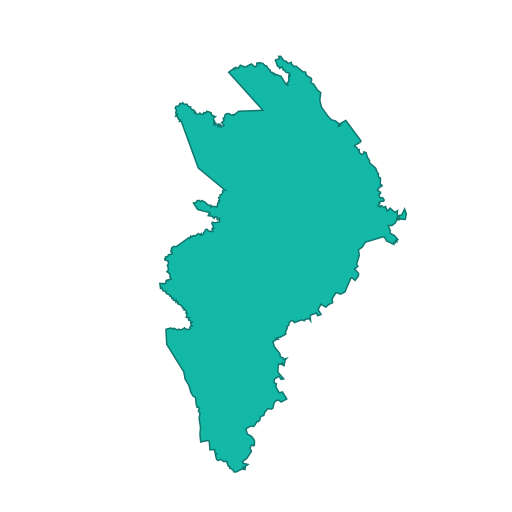 the district of Maulvibazar, Sylhet, Bangladesh, rotated 145°
{"feature_id": "16705992B62450131352427", "entity_name": "Maulvibazar", "entity_type": "district", "adm_level": 2, "iso_a3": "BGD", "parent_name": "Bangladesh", "parent_adm1": "Sylhet", "projection": "albers", "projection_center": [91.87, 24.487], "detail": "fine", "context": "isolated", "style": "filled", "palette": "teal", "viewbox_px": 512, "rotation_deg": 145, "n_neighbors": 0, "source": "geoboundaries", "source_scale": "gbopen_adm2", "svg_char_len": 6143}
<svg xmlns="http://www.w3.org/2000/svg" viewBox="0 0 512 512"><g transform="rotate(145 256 256)"><path d="M122.9,406.5L123.6,404.2L127.8,405.4L129.5,399.0L128.4,397.2L129.0,396.2L126.2,395.9L127.0,392.7L126.2,392.2L126.1,389.4L123.8,386.6L124.6,385.7L124.1,385.0L124.9,384.1L125.4,385.1L126.1,384.5L128.8,380.3L131.3,379.9L131.8,377.8L133.0,379.0L132.5,388.9L135.5,393.4L136.8,393.7L136.3,395.0L137.3,395.5L137.0,396.7L138.0,397.1L138.5,399.2L137.7,400.0L138.6,401.7L138.3,405.7L139.3,406.4L140.1,410.3L142.1,411.2L141.8,412.2L144.8,413.5L145.9,411.5L148.5,411.5L149.6,416.0L156.5,416.9L159.4,421.3L163.1,420.0L164.3,422.1L165.1,421.5L166.1,422.4L166.7,421.4L167.3,422.3L173.0,422.2L166.8,371.4L187.2,384.5L193.7,384.0L193.5,385.0L195.5,385.5L196.4,388.2L198.1,389.2L200.0,389.6L202.6,387.4L203.8,387.7L204.6,385.3L207.6,385.0L207.2,381.7L210.3,381.4L211.2,382.3L209.7,383.1L209.8,384.3L212.6,383.8L211.0,385.6L213.3,386.0L215.2,387.7L214.9,388.4L212.8,387.9L213.8,389.9L212.6,390.0L212.5,392.2L211.2,393.7L209.4,393.4L211.6,397.3L210.6,398.9L212.0,401.3L213.4,402.8L214.7,402.0L216.5,403.4L217.8,402.3L219.5,403.6L220.0,405.3L221.4,405.0L223.4,406.3L223.2,408.0L224.5,408.6L223.2,409.5L223.8,409.7L223.3,411.8L224.6,412.6L224.9,414.5L224.0,415.6L225.7,417.4L225.5,419.9L228.0,421.7L228.1,423.6L230.1,423.5L230.6,424.6L233.0,423.3L235.8,424.4L237.4,423.5L237.5,420.6L239.3,419.9L239.8,418.6L239.1,417.8L240.6,417.4L239.9,416.4L241.2,416.3L240.5,415.9L241.0,412.2L239.9,411.3L241.6,410.1L239.9,409.3L252.8,361.2L243.6,327.8L244.5,328.7L246.3,328.3L246.8,327.1L249.0,326.0L250.1,326.7L251.7,325.0L253.0,325.3L253.9,322.3L255.0,322.6L255.1,321.4L256.8,321.4L259.7,318.6L263.1,321.6L265.1,321.7L263.8,323.3L266.0,325.1L267.0,329.8L268.7,332.6L270.2,332.2L270.9,334.3L272.4,335.1L274.5,334.3L276.9,335.2L277.1,327.5L269.1,318.2L269.7,316.7L270.7,317.4L272.0,316.5L269.2,313.7L268.8,310.8L267.2,311.8L265.5,309.8L266.7,308.7L266.5,307.5L264.2,307.5L266.4,305.0L270.7,306.8L272.4,308.8L273.6,307.8L273.6,305.4L275.2,303.7L274.1,302.4L276.5,303.4L277.2,300.7L280.7,303.7L280.6,305.6L281.8,306.6L287.5,304.1L289.1,304.6L288.1,305.7L289.6,305.6L290.5,307.5L294.4,307.2L295.6,308.7L297.6,308.5L298.0,309.8L299.9,308.5L300.4,309.5L316.1,309.4L318.3,311.3L320.9,310.7L321.5,309.0L322.6,309.3L323.3,307.8L322.6,307.0L323.6,305.8L327.1,307.3L328.4,306.2L330.5,307.0L330.4,306.1L332.1,306.2L332.9,305.0L330.8,302.4L332.4,299.6L334.1,299.1L334.5,296.8L336.4,294.4L337.9,294.3L336.9,290.7L338.6,287.9L338.6,285.6L341.9,287.0L342.4,286.3L343.4,287.5L346.1,285.3L350.5,288.7L352.8,284.2L351.4,284.0L352.1,280.9L349.9,278.4L350.8,277.9L350.7,276.1L349.2,274.1L349.5,272.2L348.6,271.9L349.3,269.3L347.9,268.8L349.0,267.2L347.9,265.6L346.8,265.9L348.0,264.1L346.8,264.0L346.3,262.9L347.6,262.0L345.5,258.3L345.9,255.6L345.3,255.6L344.9,253.8L346.0,253.4L344.6,251.7L345.2,249.7L346.1,249.5L345.4,248.3L348.3,245.9L345.9,243.6L347.4,243.4L347.9,242.1L346.7,240.7L347.7,238.9L346.5,238.3L348.1,238.2L348.6,235.3L349.5,236.2L351.2,235.4L351.2,234.3L352.9,234.1L355.8,236.7L355.7,238.1L359.8,238.3L361.2,240.4L363.0,240.6L364.6,243.9L366.2,244.0L366.9,245.8L371.8,247.6L379.8,234.8L381.6,202.4L384.7,195.7L385.1,188.9L387.6,181.5L387.9,177.5L386.7,174.8L390.0,168.9L391.1,165.8L389.9,165.0L389.9,163.6L392.1,162.0L392.2,159.1L395.7,155.7L399.8,147.4L404.2,142.1L408.0,135.4L401.5,132.6L400.6,131.0L404.9,123.6L401.0,121.1L402.3,118.9L401.7,116.7L403.0,117.0L404.8,112.3L404.6,110.5L401.4,109.3L400.4,106.1L397.9,104.7L399.2,100.0L398.2,98.0L399.2,97.4L397.7,94.5L397.8,91.6L396.2,90.5L389.0,89.4L387.3,90.5L387.0,89.3L388.5,88.4L387.4,87.4L385.5,89.8L382.2,89.9L385.2,93.3L385.0,95.5L379.9,95.4L371.7,98.6L371.1,102.3L367.6,103.7L366.9,101.9L365.9,101.9L363.1,105.7L363.0,110.5L365.2,115.3L363.4,120.2L357.4,119.7L356.1,117.9L354.8,117.8L349.9,119.9L349.2,119.0L347.1,119.4L344.5,121.8L340.9,121.0L338.8,122.8L334.1,124.2L331.0,121.6L329.5,121.7L325.2,125.5L322.0,125.9L320.0,124.8L319.2,122.0L312.8,121.2L312.3,129.5L315.4,130.6L314.8,137.5L312.6,139.6L313.8,141.9L311.7,144.6L306.3,144.4L306.1,140.4L303.8,139.5L304.7,148.3L299.9,154.6L297.3,152.8L295.8,153.2L296.7,151.7L296.0,150.0L291.7,154.1L289.8,154.6L292.5,155.4L292.3,157.2L293.9,159.3L292.5,162.3L293.0,171.0L291.3,176.2L287.8,175.9L287.6,176.8L285.6,175.1L285.8,177.0L283.0,175.6L276.4,174.9L275.1,177.0L271.7,179.1L271.5,180.3L268.7,180.6L267.0,182.5L264.0,182.7L262.6,181.7L262.8,179.4L255.5,177.6L253.3,175.1L252.4,175.9L249.5,174.9L248.4,173.7L248.4,171.7L246.3,175.4L244.8,176.2L239.2,174.6L239.7,171.7L236.2,170.8L235.9,176.4L230.5,179.3L228.1,174.0L224.2,174.6L220.0,173.8L218.1,177.4L211.4,180.1L208.5,176.2L203.6,175.6L191.1,183.4L189.9,183.1L188.8,179.2L183.5,180.9L181.9,183.0L182.8,188.7L178.5,189.1L178.2,191.7L171.1,197.2L168.5,202.3L163.8,202.3L158.5,204.6L141.1,198.9L140.0,197.8L140.4,193.5L136.4,186.4L135.2,188.1L134.1,186.8L133.0,188.3L132.2,187.1L131.9,188.5L130.4,188.0L130.8,193.1L133.1,198.0L131.4,199.9L130.2,205.2L127.2,203.0L122.8,203.2L120.1,204.9L118.0,203.6L117.1,204.3L119.1,206.3L117.3,206.9L116.4,206.2L116.5,203.4L112.8,200.4L108.7,204.2L107.3,209.3L112.9,206.1L116.5,207.4L116.5,209.2L114.1,211.9L117.3,212.2L118.7,218.3L122.7,217.6L121.5,222.3L123.5,222.4L124.1,224.7L125.0,225.6L126.5,225.2L126.3,226.3L127.3,227.3L124.3,228.2L124.6,229.2L123.4,229.6L120.1,227.7L118.9,228.3L118.9,231.1L120.9,232.4L120.2,235.9L118.1,235.8L117.4,236.9L118.9,240.0L115.9,241.4L112.5,241.1L112.2,241.9L113.4,242.9L109.3,248.6L110.3,250.3L109.1,253.0L107.8,253.2L108.8,253.4L108.8,254.5L107.6,259.2L109.5,267.1L108.2,269.3L108.2,272.7L106.6,277.6L107.9,279.4L109.2,278.1L111.2,278.6L112.1,281.6L110.4,283.9L111.6,284.6L111.2,287.1L112.4,289.3L112.0,290.0L105.0,289.4L104.0,290.2L104.7,315.6L111.4,316.2L111.6,314.5L114.1,315.0L112.2,316.7L113.4,321.0L116.2,324.4L116.9,329.0L117.0,340.4L114.3,347.2L109.3,352.6L110.5,356.7L110.2,363.5L111.4,366.1L111.2,367.6L109.5,368.1L108.8,369.8L111.1,374.9L109.9,378.3L111.9,379.9L114.3,388.5L115.9,389.1L116.9,392.7L116.0,394.4L119.2,395.3L119.6,398.2L121.2,399.8L121.2,405.3L122.9,406.5Z" fill="#14b8a6" stroke="#0f766e" stroke-width="1.5"/></g></svg>